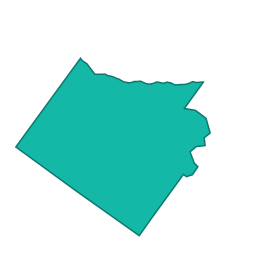 outline of La Crosse, Wisconsin, United States of America, rotated 126°
{"feature_id": "52423323B46619717381049", "entity_name": "La Crosse", "entity_type": "district", "adm_level": 2, "iso_a3": "USA", "parent_name": "United States of America", "parent_adm1": "Wisconsin", "projection": "mercator", "projection_center": [-91.275, 43.907], "detail": "fine", "context": "isolated", "style": "filled", "palette": "teal", "viewbox_px": 256, "rotation_deg": 126, "n_neighbors": 0, "source": "geoboundaries", "source_scale": "gbopen_adm2", "svg_char_len": 840}
<svg xmlns="http://www.w3.org/2000/svg" viewBox="0 0 256 256"><g transform="rotate(126 128 128)"><path d="M189.5,55.9L133.0,55.9L133.0,52.1L127.9,48.4L118.3,48.7L117.4,53.9L110.8,63.8L102.8,61.8L96.9,55.3L91.1,60.6L83.8,58.6L74.3,70.6L74.1,83.9L79.1,93.9L46.6,94.0L46.9,94.7L50.6,98.8L51.2,99.9L52.2,102.4L52.6,103.0L56.1,104.9L59.0,107.2L62.4,111.6L65.1,114.6L65.7,115.7L66.2,119.4L68.0,123.5L69.8,124.6L71.1,125.8L71.5,126.6L72.8,129.8L74.1,132.0L77.3,133.9L79.6,136.1L81.3,139.0L82.0,141.7L82.7,145.3L85.7,148.8L86.5,150.1L87.2,150.7L89.0,151.8L91.2,154.2L91.9,156.1L93.2,158.3L93.8,164.0L94.7,166.7L95.0,168.8L96.4,173.0L97.4,174.7L98.0,178.3L100.9,182.1L103.8,186.0L103.9,186.7L100.2,199.0L100.4,204.0L100.1,205.6L99.5,207.4L209.3,207.6L209.4,131.3L208.5,55.6L189.5,55.9Z" fill="#14b8a6" stroke="#0f766e" stroke-width="1.5"/></g></svg>